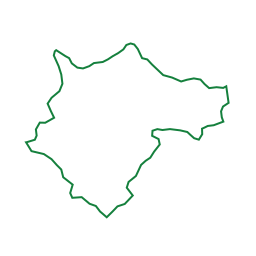 outline of Geochang-gun, South Gyeongsang, South Korea, rotated 263°
{"feature_id": "91817680B91736183236009", "entity_name": "Geochang-gun", "entity_type": "district", "adm_level": 2, "iso_a3": "KOR", "parent_name": "South Korea", "parent_adm1": "South Gyeongsang", "projection": "orthographic", "projection_center": [127.913, 35.709], "detail": "fine", "context": "isolated", "style": "outline", "palette": "green", "viewbox_px": 256, "rotation_deg": 263, "n_neighbors": 0, "source": "geoboundaries", "source_scale": "gbopen_adm2", "svg_char_len": 1280}
<svg xmlns="http://www.w3.org/2000/svg" viewBox="0 0 256 256"><g transform="rotate(263 128 128)"><path d="M209.1,63.2L197.8,66.7L189.2,68.3L179.9,68.3L172.9,64.4L167.4,55.9L162.0,51.2L154.2,53.5L147.2,55.9L143.3,46.5L144.1,41.1L137.8,36.4L131.6,36.4L127.7,34.1L126.2,25.5L126.2,25.1L116.8,29.4L112.4,41.3L106.4,48.3L99.9,52.8L94.9,56.7L87.0,57.7L78.5,66.2L70.5,62.7L65.5,64.2L65.0,73.6L57.5,80.6L54.5,86.6L48.5,90.1L46.0,92.4L42.0,96.0L47.0,102.5L51.5,108.0L53.0,115.5L60.4,124.5L68.9,119.5L74.4,122.0L79.4,130.0L89.8,136.5L93.3,141.5L95.8,146.5L101.3,151.0L107.8,157.5L113.3,157.0L117.3,151.0L122.3,152.0L123.3,157.0L121.8,162.0L121.8,166.5L121.8,169.5L119.3,179.5L116.8,186.4L113.8,188.9L109.8,192.4L107.8,196.9L112.8,200.9L118.3,201.4L119.0,203.7L120.3,207.4L120.3,213.4L122.7,223.4L127.2,222.4L133.2,222.4L137.7,224.9L140.7,230.9L157.4,230.6L156.2,227.4L157.7,220.9L157.7,213.4L162.2,209.4L167.2,205.9L169.2,199.4L168.7,192.4L167.7,186.4L172.7,177.9L176.2,169.4L188.2,159.5L193.7,155.5L195.6,150.5L205.1,147.4L210.1,144.4L211.6,140.9L210.6,136.5L206.6,133.0L203.6,127.5L201.1,121.5L198.6,116.5L196.6,111.0L196.6,102.1L194.1,97.1L192.6,90.6L194.1,85.1L199.0,80.1L204.5,78.1L207.0,74.6L214.0,66.2L213.0,64.7L209.1,63.2Z" fill="none" stroke="#15803d" stroke-width="2"/></g></svg>